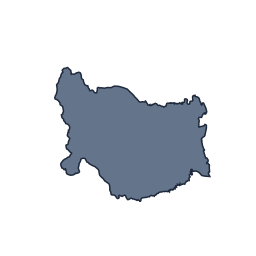 Timbiquí, Cauca, Colombia (Natural Earth projection), rotated 148°
{"feature_id": "7082276B54920381077672", "entity_name": "Timbiquí", "entity_type": "district", "adm_level": 2, "iso_a3": "COL", "parent_name": "Colombia", "parent_adm1": "Cauca", "projection": "natural_earth1", "projection_center": [-77.548, 2.664], "detail": "fine", "context": "isolated", "style": "filled", "palette": "slate", "viewbox_px": 256, "rotation_deg": 148, "n_neighbors": 0, "source": "geoboundaries", "source_scale": "gbopen_adm2", "svg_char_len": 5756}
<svg xmlns="http://www.w3.org/2000/svg" viewBox="0 0 256 256"><g transform="rotate(148 128 128)"><path d="M177.3,174.6L177.8,174.0L178.1,172.6L178.5,171.9L178.0,169.6L178.5,168.5L178.5,167.0L178.1,166.3L178.5,164.8L177.3,163.5L176.9,162.8L176.7,161.3L176.8,160.2L177.1,159.4L178.3,158.0L178.9,157.7L179.8,157.7L180.2,156.2L180.4,155.9L181.2,156.2L182.0,155.2L183.3,154.1L183.5,153.1L182.9,150.4L183.1,149.8L186.0,147.8L186.5,147.0L187.5,146.1L188.0,146.0L189.7,146.3L190.0,145.9L190.2,145.1L190.8,144.2L191.1,142.6L190.5,142.1L189.8,138.1L189.1,137.0L189.3,136.3L191.0,135.9L191.8,135.2L193.1,134.7L194.8,135.1L196.5,134.8L198.0,135.1L200.1,134.9L201.8,134.3L203.7,133.5L204.1,133.0L204.9,131.5L205.0,130.3L205.3,129.3L204.4,127.9L204.3,126.5L203.6,126.2L202.8,126.6L202.6,126.2L203.1,125.4L203.3,124.1L204.0,122.8L204.1,121.5L202.8,119.5L201.6,118.3L199.7,117.4L197.8,117.1L197.0,117.2L196.5,117.5L195.8,116.8L193.5,116.2L192.3,116.6L191.6,119.8L191.2,120.6L189.2,122.5L188.6,123.4L185.7,125.2L184.5,126.6L182.8,126.4L181.9,126.0L180.9,125.2L180.6,124.3L180.9,121.0L180.1,119.9L179.8,118.1L179.0,116.9L178.7,116.0L176.4,112.6L175.3,109.0L175.3,107.4L176.8,103.9L177.0,102.7L176.3,99.3L175.8,98.3L175.8,95.6L174.5,92.7L173.8,90.9L173.8,90.2L174.5,88.0L176.4,84.8L176.6,82.5L177.3,81.3L177.5,80.5L177.0,79.6L176.1,79.3L174.7,77.5L174.6,74.6L174.2,73.7L173.6,73.4L172.8,73.5L172.2,74.0L171.9,75.3L171.2,75.5L170.5,74.9L169.3,73.1L166.7,73.0L166.4,72.8L166.0,71.8L166.4,69.6L166.3,67.5L165.5,67.0L162.6,66.9L162.0,66.1L161.6,65.2L160.9,64.9L159.8,63.4L159.2,63.0L158.8,61.9L158.4,61.7L157.7,61.9L157.4,61.7L156.9,60.5L156.9,59.7L156.5,59.4L155.7,59.5L154.6,60.9L153.1,61.3L149.0,59.4L147.6,59.1L146.3,58.3L145.5,58.7L144.7,58.5L144.1,58.6L143.0,57.3L142.1,56.9L141.8,56.3L141.4,56.8L140.6,56.5L139.3,56.5L138.3,57.1L136.9,56.5L136.5,56.8L136.0,56.9L134.6,56.6L133.2,55.8L131.8,55.6L130.6,54.6L129.7,54.4L129.0,53.9L128.0,52.9L127.1,53.2L126.7,51.8L126.0,52.6L125.9,53.2L125.2,52.9L125.1,53.3L124.0,53.2L123.3,52.4L123.5,52.1L122.8,51.7L122.1,51.7L121.9,52.1L121.3,51.9L120.8,52.5L120.4,52.3L120.2,51.8L119.9,52.4L119.7,52.1L119.0,52.3L118.6,52.2L118.8,52.7L118.3,52.7L118.3,53.4L118.1,53.7L116.7,53.1L116.0,53.4L115.8,53.2L115.8,54.0L115.3,53.7L115.0,53.2L115.1,52.9L114.6,52.8L114.8,52.0L114.4,51.9L114.3,52.4L114.1,52.5L113.3,52.0L113.1,52.6L112.9,51.7L112.2,51.7L111.3,51.2L110.7,51.3L110.1,50.9L109.7,50.3L109.4,50.3L109.0,50.9L107.9,51.2L107.0,51.8L105.9,51.5L104.9,51.7L104.0,51.0L103.4,51.8L103.0,53.2L101.2,53.6L101.1,55.1L100.6,55.8L99.9,55.9L99.4,55.8L98.9,55.4L98.7,54.4L98.1,54.5L97.8,55.0L97.7,55.6L97.9,56.0L98.6,56.8L98.5,57.6L98.3,57.9L98.0,58.0L97.1,56.9L96.6,56.9L96.4,57.8L96.9,58.4L97.0,58.9L96.7,59.4L96.2,59.4L95.6,58.6L96.0,57.9L95.9,56.7L93.7,55.9L92.6,54.8L91.7,53.4L91.2,52.1L90.6,48.6L88.0,46.2L84.3,43.5L83.9,46.9L83.2,47.8L82.9,47.8L83.0,47.4L82.0,47.6L80.1,51.3L79.4,52.4L79.1,52.6L78.5,53.8L79.0,54.6L78.8,54.9L79.0,56.1L79.5,56.5L80.0,56.4L80.0,56.6L79.0,57.2L78.1,57.1L77.6,57.4L77.0,58.4L77.1,60.1L77.0,60.6L77.4,61.2L78.1,61.5L76.0,68.9L75.7,69.0L75.2,68.7L74.8,68.8L74.8,70.4L74.1,73.8L73.2,75.9L73.0,77.1L72.4,77.5L72.5,78.2L71.9,78.4L71.7,78.9L71.8,79.4L71.2,80.1L68.9,80.5L68.0,80.4L66.9,80.8L61.6,86.3L60.1,88.7L60.3,89.6L60.9,90.3L62.1,89.7L64.0,90.0L65.7,90.8L67.1,91.0L67.4,91.5L67.2,91.8L65.9,93.6L65.7,94.4L64.5,95.4L63.8,96.4L63.5,97.2L63.6,98.3L62.1,99.3L59.9,98.0L58.6,99.1L56.1,100.3L55.8,99.9L55.5,100.2L54.8,100.1L55.2,98.9L54.7,98.8L53.5,99.3L52.6,100.1L52.4,100.7L51.5,103.3L50.7,108.8L51.0,109.5L51.5,109.6L53.3,108.4L53.5,109.3L53.0,110.1L52.8,111.4L53.0,111.9L52.8,112.3L52.9,112.7L52.1,114.8L52.0,115.8L52.6,117.5L53.9,118.7L54.0,119.2L54.3,119.5L53.8,120.1L54.8,120.7L56.3,120.7L56.8,120.1L58.5,117.0L59.6,116.9L60.7,117.5L61.3,117.6L61.8,117.3L62.7,116.1L63.2,115.8L63.8,115.9L64.3,116.2L64.6,116.7L64.6,118.2L64.3,118.6L62.9,119.9L62.7,120.6L63.0,121.5L63.9,122.3L64.5,122.5L64.9,122.3L65.7,120.9L66.8,120.1L67.7,120.3L68.3,121.0L68.7,121.0L68.7,119.6L69.0,119.4L69.4,119.4L69.8,119.9L69.9,120.5L70.6,120.9L70.6,121.8L70.7,122.0L72.0,121.8L72.7,122.4L73.4,122.3L73.7,122.6L73.8,122.9L74.2,123.0L74.6,123.8L75.4,123.8L75.2,124.1L75.4,124.8L75.8,124.8L75.9,124.5L76.1,124.5L76.4,125.3L76.7,125.2L77.1,125.5L77.4,125.9L77.9,126.0L78.0,126.4L78.6,126.8L78.8,126.6L78.9,126.8L79.1,126.6L81.1,128.0L81.7,128.2L82.3,128.1L83.4,127.2L83.7,126.6L86.7,126.8L87.0,127.9L88.1,128.8L88.9,130.2L89.3,130.7L90.4,131.0L90.8,132.2L90.8,133.0L91.8,134.5L93.7,134.6L94.2,134.9L94.7,134.6L95.3,135.1L96.0,134.7L96.7,135.3L97.2,135.3L96.9,136.3L97.8,136.3L98.8,136.7L98.8,141.6L99.0,141.7L99.8,141.2L100.2,141.3L102.0,142.8L103.4,143.1L104.6,144.3L105.1,147.9L105.8,150.9L105.9,152.6L107.5,158.9L108.0,161.3L110.5,164.6L114.0,168.4L117.4,170.8L121.0,171.2L123.9,173.2L126.6,174.1L129.7,176.5L130.8,177.0L131.3,177.9L131.9,178.2L132.9,178.1L133.6,176.8L135.6,174.8L136.2,174.5L136.7,174.7L137.3,175.4L137.7,176.5L137.8,178.3L138.3,179.1L140.5,179.7L140.5,180.5L140.2,181.8L140.4,183.2L139.7,184.9L139.9,185.3L140.8,185.9L141.6,187.5L141.6,188.3L141.1,191.0L140.4,192.5L141.0,193.8L141.0,194.6L140.9,195.4L140.2,196.5L139.4,198.5L139.3,200.3L140.4,201.5L141.5,201.6L142.2,202.0L144.4,202.0L145.6,202.4L146.6,203.3L147.6,203.6L147.5,204.4L146.6,205.4L146.6,206.2L146.0,207.2L146.5,208.6L147.1,211.2L147.4,211.5L149.3,211.7L150.7,212.5L153.2,211.9L153.6,209.8L154.6,209.7L155.9,209.1L157.3,207.9L158.0,207.0L159.9,206.4L162.4,203.9L164.0,202.9L164.7,202.9L165.7,202.4L167.0,199.4L168.3,197.3L171.1,194.5L172.3,194.0L174.1,192.4L174.4,191.2L173.1,189.5L172.6,188.2L172.4,185.5L173.2,183.7L172.2,181.3L172.1,180.6L173.8,176.4L175.3,175.3L176.0,174.4L177.3,174.6Z" fill="#64748b" stroke="#1e293b" stroke-width="1.5"/></g></svg>